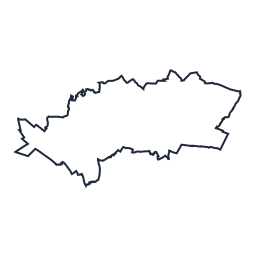 outline of Scoarta, Gorj, Romania
{"feature_id": "2599482B81559571756333", "entity_name": "Scoarta", "entity_type": "district", "adm_level": 2, "iso_a3": "ROU", "parent_name": "Romania", "parent_adm1": "Gorj", "projection": "robinson", "projection_center": [23.445, 45.024], "detail": "fine", "context": "isolated", "style": "outline", "palette": "slate", "viewbox_px": 256, "rotation_deg": 0, "n_neighbors": 0, "source": "geoboundaries", "source_scale": "gbopen_adm2", "svg_char_len": 5572}
<svg xmlns="http://www.w3.org/2000/svg" viewBox="0 0 256 256"><path d="M85.8,185.7L85.9,185.3L86.2,185.2L86.2,184.8L86.6,184.5L87.4,184.4L87.8,184.7L88.7,184.3L88.8,183.8L89.3,183.7L89.2,183.6L89.2,183.2L89.5,183.2L89.7,182.5L90.0,182.7L90.4,182.6L90.1,182.3L90.7,182.2L91.3,181.6L91.7,181.6L91.9,182.0L92.2,182.1L92.6,181.7L93.2,181.8L93.4,181.5L93.7,181.5L93.6,182.0L94.1,182.0L94.1,181.7L94.3,181.7L94.8,181.8L94.8,181.6L96.0,181.5L97.0,180.5L97.3,180.1L98.5,179.7L98.6,178.0L99.1,176.9L99.4,175.6L99.7,173.4L99.9,168.7L99.5,165.9L98.7,164.0L98.4,161.8L98.0,160.5L98.0,159.2L99.8,160.3L103.0,160.7L103.4,160.4L104.9,159.7L108.1,157.6L109.0,156.9L109.6,157.4L110.0,157.0L110.5,157.1L111.1,157.0L111.2,156.7L110.9,156.1L111.3,155.6L113.0,154.5L113.7,155.3L114.0,154.7L115.4,153.6L115.0,153.2L117.5,150.8L118.0,150.1L120.3,151.6L122.0,148.7L123.3,147.0L126.2,148.2L127.1,148.0L129.8,148.2L132.9,149.6L132.1,152.3L132.7,152.3L133.9,152.7L134.9,152.2L137.1,151.6L138.9,151.5L140.3,151.9L143.0,151.5L145.7,151.3L146.8,151.4L147.5,151.2L148.4,151.2L148.7,151.4L149.4,151.0L150.1,152.6L150.0,152.9L150.2,153.9L150.7,154.0L151.1,154.3L151.5,154.2L151.9,153.8L152.8,153.9L152.7,154.2L152.6,154.6L153.2,154.9L153.4,154.7L153.1,154.5L153.9,154.1L154.1,153.3L154.5,153.0L154.3,152.6L154.5,152.4L154.8,152.2L155.1,152.3L155.4,151.9L155.8,152.1L156.1,152.0L156.7,152.9L158.6,156.4L157.5,156.9L157.7,157.2L157.7,158.8L158.3,159.6L160.4,158.7L163.4,157.0L165.2,155.7L167.4,157.5L168.3,159.1L168.9,158.9L168.5,157.5L168.4,155.3L168.6,153.9L169.2,151.9L169.2,150.6L170.3,150.9L172.6,152.2L176.7,153.3L181.5,144.7L192.4,146.1L192.4,145.7L200.6,146.6L200.7,146.3L208.3,147.2L208.9,147.7L210.4,147.0L211.5,147.0L211.9,147.3L213.5,147.7L215.6,148.1L217.3,148.2L220.3,149.6L228.1,133.8L222.4,131.7L222.9,130.7L216.7,128.3L215.8,128.2L215.9,127.8L216.5,127.3L216.9,127.2L216.9,126.8L217.0,126.5L217.9,126.6L218.2,126.5L219.7,125.2L220.1,124.5L220.1,123.6L220.6,123.3L220.6,123.0L221.8,121.8L222.2,120.5L222.4,120.3L222.3,120.1L222.5,119.4L222.8,119.8L223.4,119.1L223.6,119.2L223.9,119.0L223.9,118.8L224.1,118.6L224.0,118.0L224.9,117.4L225.5,117.1L228.4,117.2L229.2,115.6L229.7,113.5L230.4,112.2L232.3,110.1L233.3,108.5L233.0,108.3L234.6,106.0L235.1,105.0L235.6,103.6L238.0,101.2L239.7,97.2L240.6,95.7L240.1,93.7L240.5,93.6L240.0,91.1L238.6,91.4L230.3,89.4L220.4,85.1L216.0,83.7L215.3,83.9L214.2,83.8L212.9,82.9L211.5,82.9L210.3,83.3L208.7,83.2L207.5,83.4L205.3,83.3L204.9,83.1L204.7,82.5L204.8,81.6L203.9,80.9L199.9,78.7L200.3,77.6L199.9,76.3L199.3,75.9L197.8,74.5L197.4,73.6L197.1,72.5L196.9,72.3L190.4,73.3L188.3,75.6L184.8,79.1L183.8,80.4L183.4,80.3L181.5,80.8L181.4,79.4L181.1,78.6L180.2,77.9L179.9,77.4L178.9,76.8L178.5,76.1L178.3,75.5L177.3,74.8L176.4,73.8L176.0,73.1L175.4,72.7L174.9,72.1L174.0,72.0L174.1,72.3L173.3,71.5L172.6,71.3L171.0,70.3L170.6,70.3L170.1,71.1L169.6,72.9L168.4,75.5L167.6,76.8L167.5,77.4L167.9,78.7L163.5,79.5L164.7,80.8L159.1,80.8L158.0,80.6L157.0,81.6L156.5,82.9L155.8,83.7L154.1,83.4L152.2,83.6L147.8,83.1L147.1,83.5L146.3,83.6L146.0,83.8L145.5,84.9L144.4,86.3L144.0,87.3L143.6,87.8L143.4,88.4L143.4,89.2L143.2,89.1L142.3,88.0L140.5,86.5L139.6,86.2L139.2,85.8L138.0,85.3L137.3,83.9L136.7,82.9L135.6,82.5L134.8,81.7L134.6,81.3L134.5,80.6L133.6,80.0L133.7,79.8L133.4,79.4L132.6,79.3L131.9,79.6L128.8,81.7L128.6,82.1L127.4,82.8L126.9,82.9L126.5,82.6L126.2,82.1L125.9,81.9L125.5,81.2L124.0,79.9L123.5,78.8L122.8,77.6L122.6,77.1L121.6,75.8L120.5,76.6L119.2,78.1L118.2,78.8L114.1,80.4L112.5,80.9L108.7,80.8L107.0,81.7L105.4,83.2L104.4,83.4L103.3,83.1L102.8,82.3L102.5,82.2L98.9,82.7L99.5,83.2L99.7,83.6L99.6,86.0L99.8,87.2L99.7,88.4L99.2,89.3L99.6,90.1L99.5,90.6L99.0,91.5L99.1,92.0L97.3,92.3L95.5,92.9L95.1,92.4L94.5,92.1L94.0,92.2L93.6,91.5L93.8,91.2L93.7,90.8L92.5,89.8L91.7,90.0L90.7,90.5L90.0,89.7L89.1,89.9L88.6,89.3L87.8,89.0L87.6,89.0L87.3,89.3L86.2,89.3L86.3,90.1L86.0,91.0L84.1,91.8L84.6,92.4L84.5,92.8L85.0,93.5L84.8,93.8L85.0,94.5L84.3,95.3L82.9,96.0L82.2,94.8L81.3,94.5L81.6,94.2L82.2,92.5L81.6,92.2L83.0,90.7L83.0,89.8L82.9,89.7L81.1,91.6L78.9,92.7L77.7,93.7L77.3,94.8L77.3,95.5L77.4,96.1L76.0,95.7L75.9,96.5L76.1,97.6L75.9,98.6L75.5,99.2L75.2,99.5L75.1,100.3L74.8,100.5L72.5,100.4L71.2,100.0L71.4,99.3L72.6,98.5L72.9,96.6L72.5,96.3L72.3,96.8L72.1,96.8L71.6,96.5L71.2,95.8L71.1,95.7L71.0,96.2L71.1,96.6L70.7,97.8L70.7,98.4L70.0,99.1L69.2,100.8L69.0,101.5L68.9,103.2L68.7,103.6L68.6,104.4L67.9,106.1L68.1,107.2L68.7,107.3L68.8,108.0L69.1,108.7L68.7,109.6L68.7,110.2L68.1,110.9L67.7,114.4L67.4,115.5L63.3,116.8L62.9,117.4L58.9,116.8L56.9,116.7L51.4,116.8L49.3,116.8L48.6,116.5L48.4,117.0L47.4,117.6L47.1,118.1L47.3,120.4L47.9,122.4L47.7,125.1L47.2,126.5L45.3,127.3L45.2,127.9L45.3,128.2L46.3,128.7L45.0,130.2L44.5,131.2L36.8,125.1L36.3,124.8L36.0,124.8L34.1,127.0L25.4,119.4L25.0,119.3L23.7,119.7L22.1,119.5L20.8,119.7L19.8,119.5L18.6,118.7L18.1,118.7L18.1,119.2L20.6,130.3L19.2,130.1L24.2,137.5L22.0,138.8L27.9,143.9L23.8,146.4L15.4,151.9L17.4,152.7L28.0,156.1L35.4,148.8L40.4,152.1L41.2,152.8L50.8,159.6L55.5,163.5L55.3,163.6L56.4,164.8L56.9,164.6L57.7,164.7L58.3,164.4L59.0,164.8L60.4,164.8L60.5,164.7L60.3,164.4L60.4,164.2L61.2,164.4L61.9,164.0L61.8,163.7L61.7,163.0L61.8,162.8L61.7,162.7L62.0,162.6L62.3,162.8L62.4,162.5L62.6,162.8L63.0,162.3L63.5,162.3L65.3,164.2L69.6,170.0L70.7,171.7L71.8,174.0L73.3,173.3L76.1,171.0L77.6,173.4L77.8,174.8L78.0,174.9L78.7,174.7L79.0,174.8L81.8,173.9L82.0,174.6L81.8,174.8L81.7,175.0L82.7,175.7L82.9,176.2L83.8,179.8L84.0,181.5L84.4,182.5L84.8,183.8L85.8,185.7Z" fill="none" stroke="#1e293b" stroke-width="2"/></svg>